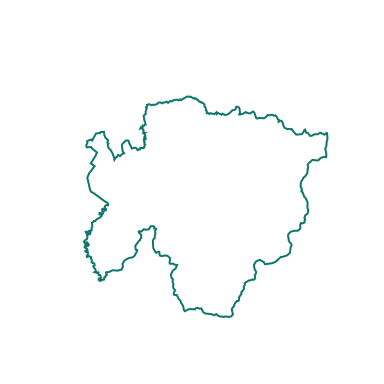 outline of Lampa, Puno, Peru, rotated 215°
{"feature_id": "86281439B39417167218696", "entity_name": "Lampa", "entity_type": "district", "adm_level": 2, "iso_a3": "PER", "parent_name": "Peru", "parent_adm1": "Puno", "projection": "orthographic", "projection_center": [-70.526, -15.382], "detail": "fine", "context": "isolated", "style": "outline", "palette": "teal", "viewbox_px": 384, "rotation_deg": 215, "n_neighbors": 0, "source": "geoboundaries", "source_scale": "gbopen_adm2", "svg_char_len": 6000}
<svg xmlns="http://www.w3.org/2000/svg" viewBox="0 0 384 384"><g transform="rotate(215 192 192)"><path d="M225.8,70.5L223.7,71.1L222.2,73.2L222.6,71.7L220.9,70.5L219.5,71.3L217.4,69.5L217.2,68.4L218.7,67.7L218.2,66.6L217.2,66.3L216.0,66.7L215.0,69.0L213.9,69.5L213.8,69.9L214.8,71.7L214.2,72.5L214.7,73.6L214.2,75.5L215.5,76.0L216.3,76.8L213.9,79.1L212.3,82.3L207.5,85.1L206.4,86.9L205.2,87.8L205.8,91.3L207.8,93.4L207.9,97.3L206.1,101.3L203.1,104.5L202.5,106.8L203.1,112.2L203.6,113.0L205.0,112.5L207.5,115.2L207.5,121.1L207.0,122.4L207.7,126.1L209.1,127.7L212.0,128.2L212.9,128.9L212.8,129.7L211.4,130.0L210.7,130.7L210.1,134.0L208.2,134.5L205.8,136.9L206.2,140.2L204.0,141.9L203.2,141.8L202.2,140.5L200.8,141.3L200.0,141.1L200.0,139.1L197.8,136.4L197.4,134.7L196.0,132.8L196.5,131.0L195.7,129.0L191.4,123.7L187.2,121.7L186.4,121.8L185.2,123.9L184.5,124.2L182.1,121.6L181.5,121.5L179.3,122.7L178.4,124.1L175.5,125.7L171.9,125.2L169.8,121.1L168.8,120.6L166.1,122.6L164.9,122.4L162.4,123.7L161.5,120.0L162.6,116.7L162.0,112.5L159.9,110.1L157.3,109.4L156.7,107.6L153.8,105.3L153.7,104.2L152.1,102.5L149.5,101.9L149.1,99.1L148.4,97.8L147.4,97.4L146.1,98.6L145.3,98.8L141.5,96.8L139.2,96.4L137.4,94.9L133.9,93.6L131.3,91.0L129.6,90.2L126.9,94.8L122.3,97.5L122.2,98.9L121.2,100.3L118.9,100.8L117.6,102.0L113.6,99.9L111.5,100.1L106.4,102.9L103.3,103.7L102.1,105.9L100.2,105.6L96.9,106.3L95.7,107.5L94.2,107.8L93.5,109.1L90.2,110.8L88.5,112.6L88.3,115.3L91.8,118.3L92.4,119.7L92.2,123.1L92.8,123.9L92.9,128.0L92.7,128.6L91.5,129.3L91.5,129.9L92.0,131.5L93.1,132.7L93.0,136.9L94.2,138.3L93.8,139.8L93.9,142.5L95.4,144.2L95.5,146.4L96.6,147.6L94.7,152.2L93.2,153.3L92.7,154.8L91.1,155.4L90.7,156.6L91.3,158.5L92.9,159.8L92.8,161.4L93.5,163.3L96.7,164.9L99.3,167.5L99.8,170.8L99.4,172.5L97.5,175.4L92.8,175.7L90.8,174.7L85.4,179.7L83.5,182.8L81.9,189.9L80.4,191.0L77.6,194.9L76.9,198.5L79.5,203.3L80.0,205.7L81.0,206.5L83.5,207.0L85.5,208.2L86.1,209.4L87.9,210.7L88.9,212.8L88.2,216.4L85.6,219.2L83.1,221.0L82.3,223.9L82.5,224.6L84.4,226.9L85.0,229.0L83.4,229.7L82.3,231.7L83.3,232.9L83.4,234.4L85.2,235.4L85.3,236.7L85.9,237.9L84.9,240.2L85.5,242.3L86.7,244.2L88.2,245.0L91.7,250.1L95.8,252.4L97.1,252.3L101.2,255.2L102.8,255.4L103.1,257.0L104.2,257.4L104.8,258.3L106.1,258.6L108.3,262.3L108.9,267.7L108.2,270.3L108.4,273.7L110.6,277.5L110.6,278.4L112.9,280.6L113.0,282.1L111.8,287.4L107.2,289.8L106.4,291.5L106.3,293.0L104.4,296.3L102.1,297.5L103.7,300.1L107.9,304.2L108.0,306.1L110.7,310.8L111.4,313.1L115.1,317.7L115.6,317.6L116.3,315.0L121.0,314.1L122.2,311.4L125.0,309.3L125.8,307.3L127.3,305.7L130.6,306.7L131.7,306.6L132.5,306.1L135.2,308.0L135.5,307.3L135.1,305.1L135.3,302.3L139.5,298.8L144.9,299.9L145.5,300.6L146.6,300.7L147.2,299.8L148.4,299.6L149.7,298.3L152.7,297.7L154.8,298.5L157.5,300.8L159.6,301.6L160.6,301.0L161.3,299.3L162.2,300.9L163.5,300.9L165.5,302.1L167.9,302.6L168.5,301.5L170.8,301.2L172.9,298.9L174.2,298.6L174.2,296.6L175.4,293.6L179.7,291.1L180.5,289.7L181.6,289.3L186.4,292.7L188.1,293.0L189.5,289.6L191.4,288.7L193.9,288.2L195.1,285.3L197.5,282.6L197.9,282.6L198.1,284.4L201.1,287.7L202.1,288.2L204.3,287.6L204.6,286.9L203.8,285.1L204.1,283.8L205.8,282.1L206.4,278.3L207.2,276.3L208.8,274.1L212.0,273.7L212.1,272.2L215.5,271.8L216.2,271.3L216.5,270.2L217.7,271.3L218.3,268.7L222.3,267.0L222.6,265.8L224.2,265.8L225.1,265.0L226.3,266.8L227.6,266.9L228.8,268.7L231.0,269.3L231.9,270.8L233.2,271.1L234.5,271.2L235.5,270.5L236.4,271.0L237.9,270.1L240.1,271.0L241.1,270.4L242.2,270.8L243.3,270.1L243.8,270.3L244.2,269.5L248.0,269.3L248.6,268.5L250.5,267.7L253.2,262.5L253.4,261.2L254.1,260.8L255.0,261.0L255.6,259.3L257.2,259.1L258.5,258.0L260.4,255.6L260.4,254.8L261.9,254.1L262.8,251.3L264.6,251.5L265.7,249.6L267.3,248.4L267.3,247.5L269.4,247.2L270.7,246.1L271.0,244.3L272.5,242.0L274.0,241.2L274.7,240.0L277.4,239.4L278.8,237.6L278.1,237.1L278.3,235.6L277.5,235.1L277.9,234.5L276.7,233.7L276.0,230.9L274.7,229.6L275.3,226.7L272.3,223.6L268.6,220.7L269.4,219.0L269.8,216.6L270.4,217.2L270.3,216.2L271.0,215.7L270.7,214.2L269.3,215.6L267.5,215.2L267.3,214.3L266.0,213.7L265.9,212.7L264.6,213.3L265.2,212.2L263.7,212.2L262.4,211.2L262.7,210.4L261.5,209.8L262.2,209.3L262.0,208.7L261.2,209.3L260.5,209.0L261.4,207.2L260.3,206.9L260.2,205.7L259.2,205.4L258.7,204.3L257.6,204.0L257.8,203.3L256.7,201.4L257.3,200.4L257.0,200.0L259.6,198.6L259.1,197.0L259.9,196.5L260.5,195.1L262.8,195.9L263.8,195.8L266.2,193.2L271.5,196.0L273.2,197.5L274.2,197.5L275.9,195.8L276.6,191.2L276.3,190.2L272.2,185.6L269.8,184.7L271.0,183.1L271.5,180.2L273.6,180.1L273.9,179.5L273.6,177.9L274.2,176.3L274.1,173.9L276.1,175.9L279.7,178.3L283.2,179.8L285.9,180.3L288.1,182.4L288.1,183.6L289.8,184.0L290.6,186.4L293.7,186.7L296.3,188.2L298.6,190.8L301.0,188.7L301.5,188.0L301.2,187.4L304.2,184.9L303.3,176.8L304.9,177.0L307.1,173.6L306.0,172.5L305.4,169.6L303.9,168.2L300.4,171.0L298.9,170.3L292.5,169.9L291.8,166.4L291.3,157.3L286.6,157.3L287.0,148.7L286.0,143.7L276.6,135.2L274.7,134.2L272.5,134.7L257.3,134.3L255.0,134.7L253.3,133.6L253.1,132.8L254.6,132.2L255.1,131.4L255.0,129.9L254.5,129.0L252.4,128.6L252.1,127.4L252.9,126.8L254.9,127.5L255.7,126.4L254.6,124.8L253.0,124.7L252.6,122.8L253.1,122.3L255.1,122.3L255.7,121.7L255.0,120.6L252.7,121.6L252.3,120.4L252.7,118.4L254.5,114.7L254.5,112.7L255.2,112.1L256.4,112.3L255.5,111.7L256.3,109.3L253.8,106.5L253.7,105.0L252.2,103.1L252.3,102.5L253.9,101.5L254.0,100.7L251.8,100.3L251.3,99.3L252.1,98.1L255.1,99.1L255.8,99.0L256.2,98.3L253.9,97.2L251.7,95.0L251.0,93.0L252.0,90.8L251.9,89.2L250.9,88.8L250.1,89.1L249.2,90.6L246.3,89.7L246.3,88.4L248.5,89.0L249.6,88.1L249.0,87.3L248.0,87.8L246.9,87.6L248.3,85.8L248.2,85.0L245.4,85.3L244.4,84.7L244.2,84.3L245.6,82.8L245.5,82.3L244.2,82.1L242.7,82.9L241.5,81.3L241.5,79.1L240.7,78.5L239.4,80.5L237.2,80.7L236.5,79.5L235.0,78.9L234.0,76.8L232.9,76.8L231.9,77.5L231.0,77.3L229.6,76.0L230.3,74.9L230.2,74.4L229.4,73.8L227.5,73.6L225.1,71.9L225.8,70.5Z" fill="none" stroke="#0f766e" stroke-width="2"/></g></svg>